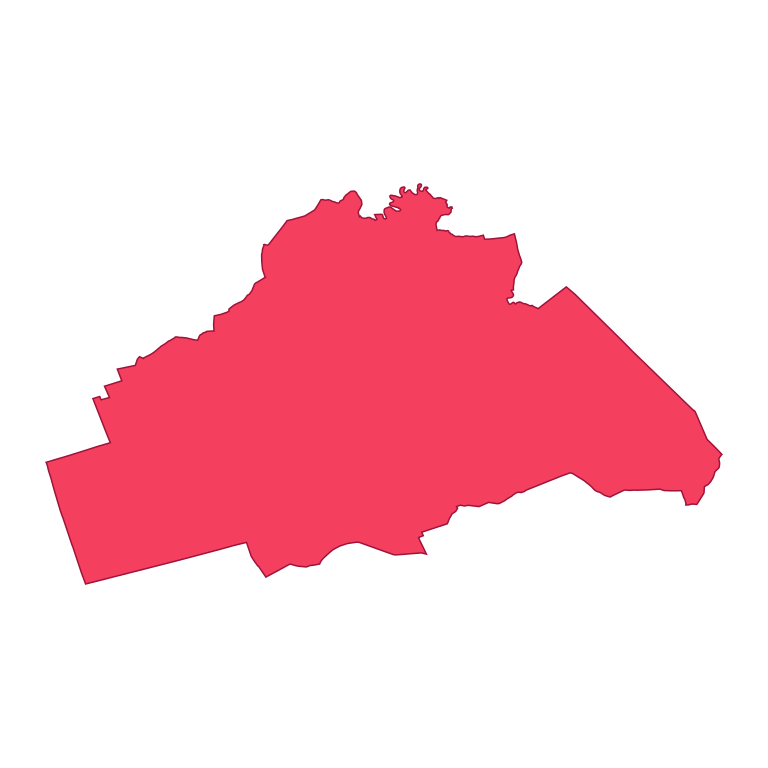 Livada, Satu Mare, Romania
{"feature_id": "2599482B37449701162045", "entity_name": "Livada", "entity_type": "district", "adm_level": 2, "iso_a3": "ROU", "parent_name": "Romania", "parent_adm1": "Satu Mare", "projection": "equal_earth", "projection_center": [23.137, 47.873], "detail": "fine", "context": "isolated", "style": "filled", "palette": "rose", "viewbox_px": 768, "rotation_deg": 0, "n_neighbors": 0, "source": "geoboundaries", "source_scale": "gbopen_adm2", "svg_char_len": 6099}
<svg xmlns="http://www.w3.org/2000/svg" viewBox="0 0 768 768"><path d="M46.1,462.3L46.7,463.7L47.4,465.8L48.6,470.9L50.8,477.7L54.3,490.4L60.2,510.3L62.2,516.1L62.7,517.1L63.8,520.4L71.8,544.3L72.3,545.7L72.5,545.9L81.5,573.0L85.6,584.0L177.5,560.6L220.9,549.1L233.0,545.7L246.5,542.4L251.3,556.5L254.3,561.1L257.9,566.1L258.6,566.4L265.9,577.1L290.1,564.0L295.5,565.6L298.2,566.2L305.7,566.9L307.2,566.7L309.7,565.6L315.3,564.9L319.6,564.0L321.1,560.9L323.4,558.2L330.6,551.6L333.3,549.5L339.4,546.2L344.0,544.6L347.6,543.5L353.6,542.6L356.5,542.2L359.3,542.4L384.6,551.5L393.7,554.7L396.0,554.9L421.3,552.9L426.4,554.1L418.6,537.9L419.3,537.6L419.2,537.2L423.3,535.7L421.7,532.2L447.4,523.7L449.2,519.0L452.1,513.8L455.8,511.3L457.6,508.2L456.5,506.5L460.5,505.2L464.6,506.0L468.1,505.3L479.1,506.6L488.6,502.4L497.1,503.7L499.3,503.5L504.7,500.7L506.8,499.1L511.7,496.2L513.5,494.6L516.3,492.8L517.5,492.4L518.7,492.3L520.0,492.3L521.0,492.6L524.6,491.4L525.8,490.3L561.1,476.1L570.3,472.8L572.6,473.5L584.2,480.7L590.9,486.1L594.6,490.0L595.6,490.7L597.4,491.6L600.2,492.5L603.5,494.7L605.1,495.5L608.1,496.5L610.3,497.0L612.2,495.9L623.6,490.4L624.9,490.0L629.6,490.4L634.6,490.1L637.2,490.2L647.9,489.9L660.1,489.1L662.6,490.1L664.7,490.6L672.5,490.8L681.4,490.7L682.9,494.9L683.7,497.5L684.8,499.4L685.2,500.7L685.6,502.1L685.9,503.7L685.8,505.0L689.3,504.8L691.1,504.1L693.7,504.1L696.8,504.4L697.2,503.9L703.8,493.4L704.0,492.6L704.4,486.6L708.0,484.6L709.7,482.8L710.8,481.5L713.2,477.4L714.1,474.7L714.8,472.2L715.6,471.0L718.8,468.0L719.1,467.2L719.5,465.3L719.6,463.2L719.4,461.5L718.8,459.4L718.9,458.7L719.5,457.5L721.5,454.7L721.9,454.4L715.0,447.2L707.1,439.4L695.1,411.5L693.9,410.4L693.7,410.6L685.5,402.7L631.9,350.7L623.0,341.6L574.8,294.1L566.3,286.9L538.0,308.7L536.9,308.0L533.8,306.7L532.1,305.4L530.2,305.9L525.8,303.9L523.2,303.5L520.5,302.1L519.5,302.3L519.3,302.0L517.0,302.7L515.6,304.0L515.2,303.8L513.9,302.5L513.2,302.3L510.4,304.2L509.6,304.2L509.2,304.0L508.2,302.5L507.5,301.0L507.0,299.7L506.9,298.8L507.9,298.1L511.3,297.6L512.6,296.8L513.4,295.7L513.5,294.8L513.0,293.4L511.2,290.7L511.6,290.1L513.5,289.9L513.4,288.4L513.4,286.6L513.9,283.1L514.1,280.2L514.8,277.5L516.4,275.0L517.3,272.7L517.5,271.5L518.2,270.1L519.9,265.9L521.1,264.2L521.7,262.6L521.7,262.0L520.4,257.7L519.5,255.5L517.7,249.3L516.7,243.4L514.4,233.8L510.0,235.2L506.1,237.1L503.6,237.6L490.4,239.0L485.8,239.2L484.6,239.1L483.3,235.2L479.1,236.3L475.6,236.8L473.5,236.2L470.1,236.4L465.8,235.9L462.9,236.8L459.0,236.3L455.5,236.5L453.9,235.7L452.0,234.2L450.7,234.0L450.1,233.0L449.0,232.3L448.7,231.2L448.3,230.8L447.4,230.6L445.4,231.1L444.3,230.5L443.3,230.4L441.9,230.5L439.7,229.9L437.1,230.4L436.0,224.7L436.0,223.7L436.4,222.8L436.6,221.8L437.4,221.5L438.4,220.5L438.7,219.2L439.6,218.3L440.1,216.9L440.3,216.4L441.7,215.3L444.3,214.7L446.0,214.5L448.1,214.7L448.7,214.5L450.7,212.5L451.0,212.0L451.2,209.4L451.3,208.9L452.3,208.1L452.0,207.7L451.8,207.7L451.9,207.0L451.6,206.9L450.2,207.0L449.2,208.0L448.8,208.1L447.1,206.9L447.0,206.4L447.2,205.0L447.1,204.3L445.7,202.5L446.8,200.3L440.0,197.6L438.7,198.4L438.1,197.7L435.5,198.5L434.3,198.4L433.4,198.2L430.0,194.2L428.7,193.4L425.9,190.2L426.1,189.4L427.6,188.6L427.8,188.3L427.7,187.6L427.5,187.4L426.9,187.2L425.0,187.2L424.5,187.5L423.7,188.7L423.5,189.7L422.9,191.0L421.2,191.3L420.5,191.0L419.4,190.1L419.1,189.4L419.5,188.9L419.6,188.3L421.1,186.5L421.4,185.5L421.4,184.5L420.6,184.0L419.2,184.0L418.1,184.9L417.8,185.4L417.7,186.7L417.9,187.6L417.7,188.5L417.3,189.1L417.3,191.6L417.7,192.8L417.5,193.7L417.2,194.2L416.1,194.7L414.5,194.4L412.1,192.7L411.8,192.2L411.0,191.5L410.4,190.2L409.6,190.0L408.3,190.2L405.9,192.5L405.1,192.8L404.6,192.6L404.3,192.4L403.8,191.3L404.0,189.7L404.9,188.2L404.9,187.7L404.0,186.9L401.5,187.5L400.4,188.6L400.1,189.2L399.8,191.0L399.9,192.4L400.3,193.7L401.9,195.7L402.2,196.4L402.0,197.0L401.9,197.1L401.6,196.7L400.9,197.3L399.7,197.6L395.2,195.9L393.6,195.8L392.0,195.3L390.7,195.3L390.2,195.6L389.9,196.0L389.9,196.7L390.4,198.0L391.3,199.0L392.7,199.6L393.7,200.4L393.6,201.2L392.9,201.9L389.8,203.2L389.5,204.3L389.7,204.7L390.6,205.5L398.5,207.9L398.5,208.1L398.9,208.2L398.9,208.4L400.5,209.3L400.5,210.2L399.8,210.9L397.7,211.2L396.2,211.0L394.3,209.9L391.1,207.5L389.9,207.0L388.7,207.1L385.0,208.6L384.4,209.4L384.1,210.7L384.1,212.4L384.6,214.3L385.5,215.6L386.3,217.5L386.4,218.3L385.9,218.8L384.4,218.7L383.6,218.2L382.4,214.7L381.9,214.4L381.0,214.3L374.7,214.6L375.3,215.7L375.6,216.8L377.0,219.3L375.0,220.4L374.2,219.3L371.5,218.7L371.0,218.0L369.9,217.5L367.7,217.5L365.7,218.2L363.4,218.2L361.6,217.7L360.4,216.1L359.5,216.8L358.6,213.9L358.3,212.5L358.5,211.2L359.9,208.7L361.9,204.5L361.4,200.4L357.2,194.4L356.6,192.9L355.6,191.9L354.6,191.2L353.5,191.1L350.6,191.4L349.2,192.6L345.8,195.2L343.9,197.6L343.6,198.8L342.9,199.7L340.3,200.9L339.9,201.4L339.4,202.5L338.9,202.9L338.3,203.1L336.2,202.7L334.6,201.9L332.6,201.5L329.7,200.1L328.4,199.7L325.8,200.2L323.7,199.9L323.4,199.7L322.8,199.5L320.7,199.9L320.3,200.8L317.8,205.1L314.6,210.0L304.7,216.0L291.4,219.7L287.1,220.6L282.6,226.7L268.4,244.8L268.0,245.0L267.1,245.1L265.9,244.9L264.4,244.4L263.8,244.7L264.0,245.0L263.9,245.4L262.5,249.3L262.2,252.4L261.6,254.7L261.8,262.0L262.5,269.3L264.8,276.3L265.4,277.2L257.9,281.8L255.8,282.9L254.7,283.9L254.3,284.6L251.9,290.7L249.2,294.4L247.4,295.2L245.9,297.5L243.6,300.2L240.9,301.9L239.4,302.4L234.1,305.0L229.1,308.9L228.8,311.4L226.9,312.3L220.5,314.5L214.3,315.8L213.6,324.5L214.0,331.0L211.9,331.0L206.6,331.4L206.1,331.6L205.9,332.2L203.3,332.8L201.7,334.1L200.0,335.1L199.3,336.3L197.6,340.3L193.3,339.6L186.7,338.0L181.5,337.4L180.4,337.5L176.3,336.9L175.1,337.1L174.4,338.0L171.3,339.7L170.4,340.4L169.1,341.0L168.6,341.0L165.7,343.4L161.4,346.0L154.1,352.2L150.5,354.5L143.7,357.9L143.5,358.5L139.5,356.7L137.4,359.2L135.3,365.4L117.3,369.1L121.8,380.8L104.5,386.2L109.5,397.5L101.1,399.8L99.7,396.5L92.9,398.6L105.4,430.6L110.3,442.7L99.0,446.0L70.0,455.2L46.5,462.2L46.1,462.3Z" fill="#f43f5e" stroke="#9f1239" stroke-width="1.5"/></svg>